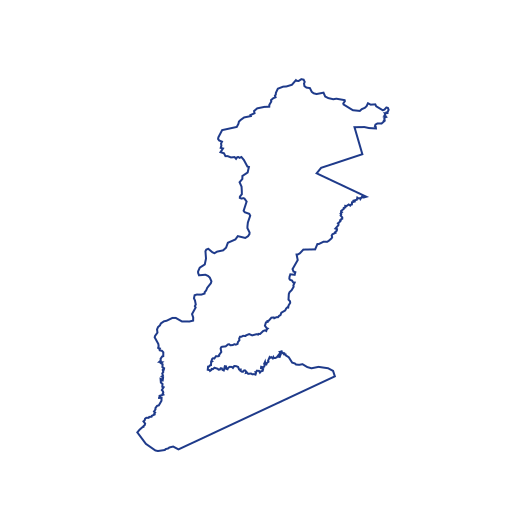 Chitambo, Central, Zambia (Natural Earth projection), rotated 245°
{"feature_id": "96606910B62371668778538", "entity_name": "Chitambo", "entity_type": "district", "adm_level": 2, "iso_a3": "ZMB", "parent_name": "Zambia", "parent_adm1": "Central", "projection": "natural_earth1", "projection_center": [30.302, -12.89], "detail": "fine", "context": "isolated", "style": "outline", "palette": "blue", "viewbox_px": 512, "rotation_deg": 245, "n_neighbors": 0, "source": "geoboundaries", "source_scale": "gbopen_adm2", "svg_char_len": 6140}
<svg xmlns="http://www.w3.org/2000/svg" viewBox="0 0 512 512"><g transform="rotate(245 256 256)"><path d="M398.5,366.5L396.0,360.9L396.8,355.2L398.0,352.2L398.4,346.5L395.5,343.0L393.9,342.1L393.3,340.9L391.6,340.8L391.7,338.3L390.9,335.5L389.5,335.1L387.4,332.0L385.7,331.1L387.6,326.6L389.3,319.5L388.2,315.5L386.0,315.0L386.1,310.5L385.0,310.4L386.6,303.8L385.8,299.6L385.0,297.3L383.2,295.9L381.1,293.1L384.4,278.5L379.5,272.1L378.1,271.1L376.3,271.4L374.0,273.5L372.6,271.8L370.7,271.3L368.9,269.7L367.4,271.5L365.1,267.7L362.6,270.4L359.4,270.5L358.5,272.5L355.9,275.0L354.7,278.4L352.5,279.0L353.5,280.8L353.2,281.8L351.9,282.6L351.9,284.6L348.1,285.6L340.7,286.0L339.7,287.2L335.2,283.7L334.3,277.5L331.6,276.2L329.8,272.3L324.9,272.2L320.9,270.6L318.0,269.3L316.6,266.5L315.5,265.9L314.2,267.1L313.7,269.1L312.9,269.8L309.3,270.5L302.2,263.9L300.4,264.3L297.1,267.7L295.0,267.8L289.8,262.8L286.7,260.9L284.9,260.0L280.0,260.1L278.6,259.3L277.3,257.1L276.9,253.9L281.7,247.9L279.7,244.3L279.9,236.1L276.2,232.4L275.0,228.6L276.4,222.6L276.1,219.5L277.9,218.0L282.7,215.8L282.8,213.6L281.7,212.2L274.8,209.6L270.0,206.0L269.2,200.1L266.5,197.0L265.2,196.4L262.6,196.2L260.4,202.2L258.2,204.1L256.0,205.0L251.9,204.9L250.4,203.6L247.8,198.4L245.8,196.2L244.9,194.2L243.7,193.5L244.1,190.2L246.1,186.0L246.4,183.8L243.9,181.9L241.4,181.9L237.5,180.9L236.4,179.4L234.8,179.5L230.4,173.5L226.8,173.1L224.0,171.7L224.8,167.9L228.0,161.2L233.8,157.1L235.2,154.1L235.1,147.6L235.7,145.0L235.1,141.3L233.7,139.6L233.0,137.2L231.3,135.3L228.2,134.3L226.2,130.7L225.1,129.8L217.6,130.3L215.5,129.7L214.1,128.5L212.8,129.8L212.2,129.0L211.2,128.9L209.8,130.7L207.9,131.3L204.4,129.6L204.6,128.5L203.2,126.1L201.5,125.5L200.9,123.6L199.4,126.0L199.0,124.6L197.3,125.6L194.9,124.2L193.1,125.3L192.2,124.6L192.8,124.2L192.2,123.3L190.1,123.0L189.2,121.4L186.7,121.1L186.6,119.7L185.1,120.4L182.6,118.8L183.0,118.1L184.0,118.6L185.0,117.6L181.5,116.3L179.5,117.2L177.1,115.8L176.1,116.8L174.3,114.0L172.5,114.5L171.3,114.2L170.9,113.4L169.5,113.5L170.0,109.7L169.2,109.7L168.9,108.5L168.3,108.2L167.4,110.5L164.7,109.1L161.7,104.8L162.0,103.0L160.7,100.6L159.5,100.1L158.1,97.8L156.7,98.4L156.0,97.1L155.2,97.1L155.2,94.1L154.5,93.4L155.3,91.2L154.7,90.3L155.7,88.2L155.4,86.7L154.1,85.6L153.7,84.1L151.0,84.7L149.8,83.7L149.4,82.2L148.7,81.8L148.9,80.9L147.8,77.1L146.3,73.9L132.3,76.8L122.3,82.6L120.7,84.7L118.7,91.4L119.2,92.4L118.7,95.2L119.1,96.5L118.3,100.4L113.5,104.0L113.6,276.6L119.3,277.3L123.8,273.9L129.1,265.8L130.8,258.8L133.7,255.5L138.3,252.4L139.1,249.2L140.7,246.4L142.2,245.8L144.1,243.7L150.4,242.9L153.5,240.9L154.3,241.2L154.8,240.4L155.5,240.5L155.3,239.8L156.7,239.6L157.2,239.2L157.1,238.6L158.8,238.9L159.0,237.1L158.2,237.4L157.5,236.2L156.2,236.5L154.5,234.8L155.0,234.1L155.7,234.8L156.7,234.5L155.4,232.0L155.4,230.3L156.1,229.0L157.0,229.0L156.1,227.9L158.0,227.0L157.7,225.5L158.4,225.4L156.0,222.7L154.9,222.6L154.4,220.5L153.3,219.5L153.8,218.7L156.2,219.4L154.9,217.9L154.3,218.4L152.3,216.7L152.2,215.3L153.4,213.9L152.2,213.1L150.5,214.7L149.1,213.5L149.4,211.7L148.7,210.3L150.6,210.2L151.7,208.3L150.7,207.0L150.9,206.5L149.9,206.5L148.7,205.4L149.8,204.3L150.3,202.7L151.6,201.8L152.5,199.1L154.0,198.6L154.3,197.4L155.3,198.3L157.1,197.6L157.3,196.4L156.6,195.2L157.2,194.2L158.8,193.3L159.6,194.1L160.4,192.7L163.0,192.9L164.5,191.5L165.5,189.8L164.3,187.8L165.6,187.3L166.7,185.2L166.3,183.3L165.4,182.3L166.9,180.8L167.8,181.0L167.8,181.8L168.6,182.2L169.3,181.2L165.9,178.4L167.0,177.5L168.6,177.5L169.2,176.5L168.4,175.2L168.8,174.0L170.0,173.6L172.3,171.1L171.7,169.3L172.4,168.1L171.6,167.5L171.3,165.8L172.1,165.8L173.3,164.2L176.0,165.8L175.7,167.0L176.3,167.8L176.1,169.1L178.8,170.5L179.0,171.4L179.4,170.9L181.3,172.9L181.5,173.9L180.7,174.9L182.1,177.4L181.1,179.2L181.1,180.4L181.9,180.7L183.7,184.0L187.0,184.8L188.0,185.8L188.1,186.9L186.9,190.3L187.7,193.2L187.4,194.3L185.9,195.1L185.1,197.4L185.2,199.1L184.2,200.2L184.1,202.1L185.6,203.2L186.7,205.4L188.2,205.8L189.6,207.4L189.0,208.7L189.1,210.6L187.9,212.7L188.3,213.3L188.1,216.8L185.7,219.0L184.9,223.4L183.9,224.7L184.4,225.3L183.6,226.7L185.0,230.9L184.8,232.8L183.7,233.6L184.9,234.7L185.3,235.9L186.1,235.2L189.0,234.6L191.6,236.9L191.4,238.8L192.2,238.9L192.0,240.3L193.6,243.9L192.8,246.1L191.9,246.2L191.9,248.6L191.2,250.1L192.0,251.6L192.1,253.2L193.9,255.0L194.3,259.4L195.7,261.2L196.3,263.1L195.8,263.5L197.4,264.6L199.1,267.2L200.6,267.7L202.7,267.0L207.7,269.7L209.0,271.1L210.0,273.9L212.2,277.1L213.5,277.4L215.6,279.8L216.4,278.5L218.5,278.3L220.0,276.8L221.3,276.6L223.0,277.6L224.9,279.4L222.6,283.1L224.7,284.8L226.0,283.4L228.7,283.6L234.7,292.1L240.2,293.4L239.7,294.7L239.9,296.9L241.8,301.6L237.0,312.4L240.9,316.7L240.3,317.9L240.4,323.3L238.8,326.5L239.0,328.3L240.1,332.0L240.9,333.0L242.5,333.2L243.4,334.5L243.4,337.8L244.1,337.7L244.8,339.9L246.1,340.8L247.3,339.6L249.1,343.7L250.3,344.4L251.0,344.1L251.8,347.1L252.7,347.3L252.5,347.8L253.4,348.8L253.3,349.9L254.5,350.5L256.9,349.8L257.7,350.8L258.7,350.6L259.3,352.2L259.9,351.7L260.8,352.1L261.7,355.6L262.5,355.9L262.3,357.5L263.7,358.1L263.0,359.1L263.5,361.8L261.9,362.7L262.4,363.4L262.2,364.7L264.1,365.7L263.7,368.3L264.9,368.0L264.4,371.2L266.1,372.5L264.9,373.2L264.4,374.9L263.6,374.8L264.9,377.1L264.1,377.3L263.5,378.4L263.1,381.0L305.3,345.9L308.4,352.3L303.3,395.4L331.1,399.7L327.0,408.8L324.2,412.5L320.9,418.6L322.4,419.1L323.3,418.6L324.6,419.8L324.8,422.1L323.0,425.8L324.1,429.5L324.6,429.2L325.1,430.1L326.1,430.2L327.0,431.1L327.0,432.1L327.9,431.2L328.1,432.4L329.0,431.8L330.1,433.3L331.0,433.1L330.1,435.3L330.9,435.3L330.7,436.0L332.5,438.0L334.5,438.1L335.5,436.9L334.4,434.3L334.5,432.5L340.9,428.2L343.0,428.2L344.7,423.9L347.1,422.0L345.1,419.6L344.3,417.3L344.4,413.9L343.6,411.4L347.2,405.4L356.3,399.4L357.4,399.6L358.8,402.0L359.8,402.2L364.6,395.3L365.4,392.3L368.6,388.2L371.3,386.1L375.5,386.2L377.2,379.3L379.1,377.0L381.2,375.9L385.4,375.8L387.3,372.9L389.5,371.7L392.0,372.4L393.2,373.7L395.7,373.7L397.1,371.8L396.6,368.6L397.6,366.8L398.5,366.5Z" fill="none" stroke="#1e3a8a" stroke-width="2"/></g></svg>